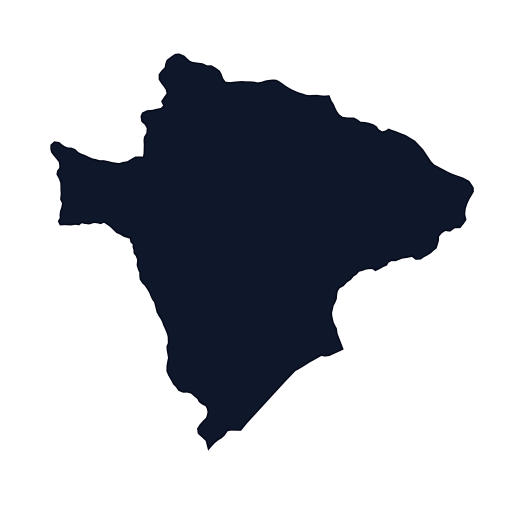 outline of Canápolis, Minas Gerais, Brazil, rotated 94°
{"feature_id": "56859067B42327776288261", "entity_name": "Canápolis", "entity_type": "district", "adm_level": 2, "iso_a3": "BRA", "parent_name": "Brazil", "parent_adm1": "Minas Gerais", "projection": "albers", "projection_center": [-49.278, -18.757], "detail": "fine", "context": "isolated", "style": "filled", "palette": "ink", "viewbox_px": 512, "rotation_deg": 94, "n_neighbors": 0, "source": "geoboundaries", "source_scale": "gbopen_adm2", "svg_char_len": 3792}
<svg xmlns="http://www.w3.org/2000/svg" viewBox="0 0 512 512"><g transform="rotate(94 256 256)"><path d="M91.3,194.4L92.0,198.8L92.0,202.1L91.7,206.4L92.1,210.4L92.6,214.5L92.3,217.7L91.4,221.1L90.6,224.9L89.4,228.4L88.0,232.1L86.4,235.6L84.8,238.6L82.7,241.9L80.9,245.0L79.5,248.1L79.5,251.5L80.2,255.2L80.9,258.4L82.5,262.3L83.5,266.5L83.0,269.7L82.9,273.6L83.2,277.5L83.2,282.3L84.0,287.8L85.1,293.8L85.0,298.9L81.3,301.9L77.6,303.5L74.3,305.5L71.7,309.6L69.6,313.9L70.0,318.2L68.2,322.9L67.9,328.1L67.6,332.7L66.7,335.8L64.7,338.4L61.8,341.8L60.1,346.9L60.7,350.5L62.9,353.4L64.9,355.7L67.1,358.2L70.7,359.2L74.6,359.6L78.0,362.6L81.7,365.0L86.5,364.7L90.2,361.9L92.8,359.5L96.1,357.0L100.2,355.7L104.3,358.3L108.3,360.6L112.5,358.2L115.6,360.8L116.9,365.6L118.2,369.5L118.9,374.6L121.4,379.1L124.9,380.2L129.6,379.1L132.3,375.6L135.9,373.2L141.2,373.2L145.3,375.4L148.8,375.5L152.5,375.0L156.4,374.8L161.7,374.6L165.4,375.1L165.6,379.1L165.9,383.0L168.0,386.2L171.1,390.6L172.2,395.1L173.6,398.9L173.4,402.8L173.1,406.1L172.4,410.1L171.8,414.4L172.1,418.8L171.2,422.9L170.8,426.1L169.4,430.1L167.8,434.0L166.9,437.4L165.4,440.9L162.7,444.0L161.5,447.7L161.6,451.5L160.4,455.0L158.8,457.8L156.8,460.4L156.4,464.9L159.7,468.1L163.7,467.9L166.6,466.9L169.5,464.4L172.5,461.5L175.8,458.6L179.2,457.8L182.2,457.7L185.0,459.7L188.4,460.0L192.5,457.3L196.6,455.6L200.3,455.2L203.3,455.0L207.6,454.4L213.1,454.6L216.9,452.4L221.2,452.9L225.0,453.9L228.6,454.1L231.8,453.7L235.1,455.3L238.4,453.4L237.8,448.8L237.7,442.9L236.7,438.4L237.0,434.8L234.7,432.5L235.2,429.2L235.4,424.7L233.6,420.0L233.7,416.5L234.3,413.2L232.5,410.0L234.3,406.8L236.5,403.2L238.8,400.4L242.0,396.7L243.6,392.4L245.3,389.2L246.1,386.0L246.9,382.5L250.6,381.6L252.7,379.1L255.7,379.0L258.6,377.9L261.6,377.6L263.9,375.4L267.9,373.5L273.4,373.7L277.6,372.1L280.5,370.5L283.7,370.3L287.2,369.7L290.7,367.0L293.0,364.3L296.6,361.5L300.0,359.2L303.4,357.6L306.3,356.0L308.8,353.8L313.3,352.3L318.7,350.6L322.5,348.2L324.9,346.3L327.8,344.5L331.0,343.2L335.0,341.0L338.8,339.1L342.3,337.8L345.9,337.4L349.1,337.1L352.5,338.3L356.0,337.8L359.6,336.9L363.7,335.9L367.1,336.4L372.0,336.9L377.0,336.6L381.1,334.5L385.5,331.5L389.4,329.1L391.6,326.5L395.3,323.5L396.7,319.2L396.3,315.0L397.1,310.9L400.1,307.0L402.2,304.0L405.0,302.4L407.0,299.6L408.8,295.3L411.8,293.6L415.0,292.7L418.4,293.2L421.2,293.9L424.2,296.6L428.6,300.0L432.4,302.0L436.9,301.0L440.4,296.5L443.6,292.6L448.4,291.1L451.9,289.9L448.6,287.5L444.9,284.5L441.7,281.0L439.7,278.1L437.1,275.5L432.1,272.5L431.2,269.0L430.7,259.2L423.3,254.0L383.2,222.1L377.0,217.1L367.6,209.3L363.2,202.7L357.9,195.5L350.3,183.9L350.8,180.4L350.0,176.2L342.8,163.0L339.1,164.7L328.0,169.9L322.8,171.0L319.9,172.9L316.9,174.6L313.5,175.6L310.3,176.5L307.3,176.9L304.2,176.4L300.0,175.8L296.4,174.2L293.0,173.1L288.8,173.1L284.9,172.6L281.7,170.7L279.4,167.0L275.7,164.1L272.6,160.2L269.1,157.7L267.1,155.0L263.9,152.6L262.6,148.8L261.2,145.7L260.5,142.6L260.2,138.8L262.0,135.9L259.8,132.1L257.2,128.2L255.9,125.4L252.9,123.8L250.9,120.7L250.7,116.5L249.2,113.4L247.7,110.2L246.5,104.7L245.2,100.3L247.9,96.3L247.3,91.6L245.1,89.1L242.8,85.4L240.5,82.2L238.1,80.0L235.3,77.0L231.1,76.0L227.6,75.3L223.7,75.5L220.1,73.0L217.1,69.2L217.4,64.3L213.8,60.1L213.2,54.5L209.2,51.8L205.2,49.4L199.7,51.0L194.1,50.8L188.9,49.5L183.9,47.6L176.6,43.9L172.8,44.3L166.9,48.8L164.2,54.7L161.2,65.5L159.7,69.7L153.0,84.9L150.0,88.3L138.6,97.1L130.6,105.7L125.8,115.0L122.3,126.0L121.4,129.6L120.4,132.5L122.5,135.2L123.7,139.0L121.5,143.1L119.0,144.9L117.1,148.3L115.9,153.2L115.4,157.7L115.6,161.1L113.4,164.5L111.8,168.0L112.0,171.4L112.2,174.6L111.8,179.7L109.2,183.6L106.0,186.1L102.5,188.1L99.3,189.7L96.4,192.0L91.3,194.4Z" fill="#0f172a" stroke="#020617" stroke-width="1.5"/></g></svg>